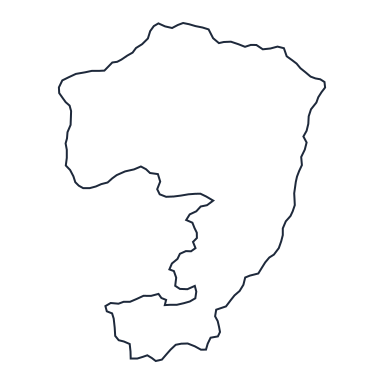 the district of Imbé de Minas, Minas Gerais, Brazil
{"feature_id": "56859067B9633327681514", "entity_name": "Imbé de Minas", "entity_type": "district", "adm_level": 2, "iso_a3": "BRA", "parent_name": "Brazil", "parent_adm1": "Minas Gerais", "projection": "orthographic", "projection_center": [-41.974, -19.636], "detail": "fine", "context": "isolated", "style": "outline", "palette": "slate", "viewbox_px": 384, "rotation_deg": 0, "n_neighbors": 0, "source": "geoboundaries", "source_scale": "gbopen_adm2", "svg_char_len": 2482}
<svg xmlns="http://www.w3.org/2000/svg" viewBox="0 0 384 384"><path d="M301.9,165.1L301.2,157.0L304.8,149.6L306.6,142.5L303.4,136.5L306.6,130.8L308.3,123.9L308.7,116.3L311.0,109.3L316.4,102.5L318.3,97.2L321.5,92.2L325.1,87.5L324.5,82.0L320.3,79.3L315.4,78.4L310.6,76.6L305.5,72.3L300.4,68.2L296.6,63.6L292.0,60.1L286.7,56.3L283.9,48.2L277.5,46.6L270.4,48.5L262.8,49.3L256.4,45.0L250.9,44.9L245.0,46.8L238.4,44.2L230.9,41.7L223.8,42.0L218.9,43.1L213.1,38.2L208.6,29.4L202.5,27.5L195.5,26.1L189.0,24.2L183.1,23.0L177.8,25.0L172.1,28.0L165.1,26.4L158.4,23.4L153.8,26.1L150.2,31.1L147.9,38.5L142.1,44.2L136.0,48.0L132.6,52.6L127.3,55.6L121.4,59.6L117.2,61.8L112.3,62.5L108.6,66.3L104.4,70.6L98.5,70.9L91.7,70.9L85.1,72.3L75.9,73.9L68.8,77.2L62.3,80.4L58.9,87.4L59.2,93.1L62.8,98.2L65.7,102.2L69.6,105.6L71.1,111.1L70.9,117.1L70.6,124.9L67.5,132.2L67.0,138.4L65.6,143.4L66.8,149.8L66.8,157.9L65.8,165.5L70.1,170.0L73.4,176.3L75.3,182.2L78.8,185.7L83.1,188.1L89.8,188.1L95.8,186.5L101.3,184.1L107.6,182.5L112.2,178.4L116.7,175.1L125.1,171.4L134.0,169.4L140.9,166.5L146.0,169.2L150.0,173.0L157.9,174.1L160.2,181.6L157.2,189.2L159.7,194.3L166.1,196.8L173.7,196.5L180.8,195.6L188.5,194.3L195.3,193.8L200.4,193.7L206.2,196.5L213.2,200.6L207.0,205.2L200.7,206.5L196.3,211.3L189.7,214.4L186.2,220.0L192.4,222.7L194.5,228.0L196.8,232.7L196.9,238.0L193.0,241.9L195.5,248.1L191.0,251.3L185.9,251.1L179.9,253.8L177.5,258.9L171.9,263.5L169.4,269.4L173.9,271.1L176.2,277.7L175.2,285.8L179.9,288.9L187.4,289.2L194.8,285.9L196.3,291.6L195.3,298.3L189.8,301.5L183.8,303.2L176.8,304.8L170.1,304.8L164.8,305.1L166.1,299.9L161.4,298.0L158.5,293.9L151.0,295.9L143.5,295.8L136.8,298.9L130.0,301.8L123.6,301.8L118.5,303.7L110.7,303.0L105.4,306.1L106.8,311.3L112.1,313.4L113.7,318.6L114.7,327.7L115.2,335.9L118.7,340.2L123.9,341.5L129.7,344.0L130.5,351.5L130.7,358.5L137.4,358.5L142.7,356.9L147.3,355.3L151.8,358.0L155.7,361.0L161.9,359.6L166.8,353.9L170.6,349.6L175.7,344.8L181.3,343.7L187.7,343.5L194.8,346.3L201.0,349.7L206.0,349.6L207.7,343.7L210.6,337.7L217.9,336.4L220.0,332.0L219.0,326.7L217.7,321.1L215.1,316.3L216.2,309.7L226.0,306.4L230.7,300.2L234.5,295.4L239.6,291.0L243.4,284.8L245.2,277.5L249.9,275.6L258.3,273.5L262.0,267.5L265.2,262.4L269.3,257.5L273.9,254.6L278.8,248.1L281.2,241.3L282.8,235.1L282.8,228.4L285.8,221.3L290.5,216.0L292.7,211.3L294.8,205.1L294.5,198.9L294.2,193.3L295.0,187.7L295.8,181.9L297.0,176.6L299.1,171.1L301.9,165.1Z" fill="none" stroke="#1e293b" stroke-width="2"/></svg>